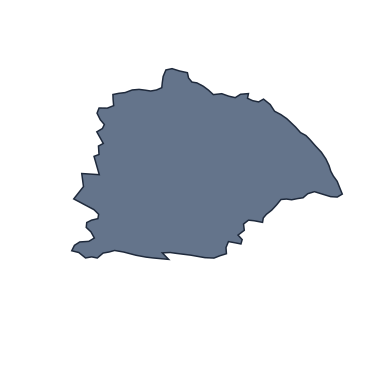 Arabutã, Santa Catarina, Brazil (Equal Earth projection), rotated 125°
{"feature_id": "56859067B92044230546448", "entity_name": "Arabutã", "entity_type": "district", "adm_level": 2, "iso_a3": "BRA", "parent_name": "Brazil", "parent_adm1": "Santa Catarina", "projection": "equal_earth", "projection_center": [-52.181, -27.135], "detail": "fine", "context": "isolated", "style": "filled", "palette": "slate", "viewbox_px": 384, "rotation_deg": 125, "n_neighbors": 0, "source": "geoboundaries", "source_scale": "gbopen_adm2", "svg_char_len": 1607}
<svg xmlns="http://www.w3.org/2000/svg" viewBox="0 0 384 384"><g transform="rotate(125 192 192)"><path d="M300.4,231.7L293.0,229.8L288.7,225.5L284.3,221.9L280.4,213.6L275.9,201.5L271.7,192.3L268.2,185.8L260.6,172.5L258.9,181.4L254.1,175.2L251.4,169.9L244.5,156.9L238.4,143.8L233.5,136.1L228.1,132.5L222.8,128.4L218.0,132.3L211.7,133.7L208.9,127.6L206.5,122.1L202.2,123.6L200.9,129.6L193.4,127.2L188.7,131.4L182.7,129.6L179.9,124.6L176.4,116.8L172.4,118.7L167.7,118.3L161.1,116.3L153.8,115.3L147.1,114.8L143.6,110.6L141.2,105.9L136.9,101.8L133.0,97.7L127.0,96.2L121.5,91.9L118.7,83.2L116.3,75.8L112.8,70.1L107.5,67.7L104.2,72.8L100.0,79.2L97.8,85.5L95.4,90.2L91.8,94.9L88.2,101.2L85.2,108.9L83.4,117.5L81.4,125.7L80.4,131.1L81.1,137.2L79.4,144.4L78.5,150.3L77.6,156.2L77.6,163.5L78.5,170.7L75.5,178.1L74.9,186.7L80.0,189.1L82.4,194.7L83.4,200.3L79.0,202.2L84.1,208.3L89.9,210.7L92.4,216.8L94.4,224.0L100.0,230.4L99.1,237.0L98.9,243.4L99.8,250.6L102.0,255.1L100.6,260.2L96.9,264.2L100.0,271.6L102.4,279.1L107.0,283.4L113.9,281.9L119.4,279.1L123.9,276.6L128.8,279.6L133.0,283.8L135.4,288.7L138.3,294.2L142.7,299.5L148.9,303.8L153.2,308.6L157.5,312.7L161.7,309.5L166.2,305.7L171.9,309.5L176.5,316.3L181.9,315.0L185.4,308.6L187.0,302.5L191.4,301.8L197.3,304.5L203.1,292.5L208.0,295.0L214.6,289.7L219.0,292.7L231.0,277.9L240.1,292.9L249.8,284.0L265.5,284.9L262.7,262.1L263.8,255.7L267.8,253.8L272.6,258.1L277.4,260.7L281.7,258.3L282.6,251.9L285.7,245.6L291.6,248.2L297.3,255.3L303.1,257.7L309.1,256.8L306.5,250.0L307.1,241.4L302.7,237.0L300.4,231.7Z" fill="#64748b" stroke="#1e293b" stroke-width="1.5"/></g></svg>